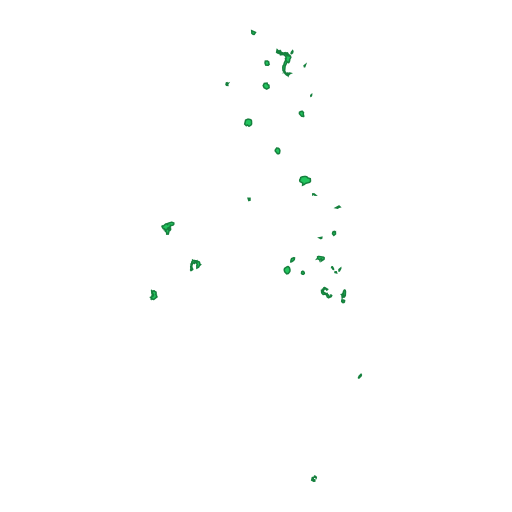 outline of Lau, Eastern, Fiji
{"feature_id": "14151628B80423492752803", "entity_name": "Lau", "entity_type": "district", "adm_level": 2, "iso_a3": "FJI", "parent_name": "Fiji", "parent_adm1": "Eastern", "projection": "natural_earth1", "projection_center": [-179.094, -18.709], "detail": "fine", "context": "isolated", "style": "filled", "palette": "green", "viewbox_px": 512, "rotation_deg": 0, "n_neighbors": 0, "source": "geoboundaries", "source_scale": "gbopen_adm2", "svg_char_len": 6008}
<svg xmlns="http://www.w3.org/2000/svg" viewBox="0 0 512 512"><path d="M278.0,50.5L277.7,51.0L278.1,51.5L278.0,50.9L278.8,51.6L279.4,51.5L279.5,52.6L280.3,52.7L280.5,54.8L283.3,54.5L284.8,55.4L285.6,56.4L286.1,57.8L286.1,58.4L285.4,58.8L286.3,60.7L285.8,61.0L285.4,60.7L284.2,63.2L284.0,64.6L283.0,65.9L282.8,67.5L283.0,70.5L283.4,71.1L284.0,71.0L284.5,72.4L285.1,66.1L287.1,62.0L287.6,61.9L288.5,62.7L288.9,62.5L289.7,60.7L289.4,60.1L290.8,57.4L290.4,56.0L289.6,56.1L289.3,55.1L288.4,54.5L287.5,52.9L286.8,53.0L286.9,54.7L287.6,55.7L286.9,55.6L286.6,53.4L286.1,52.9L285.8,53.1L285.8,54.7L285.7,53.9L285.1,54.0L285.0,52.7L283.4,53.1L281.7,52.5L282.5,53.0L281.9,53.0L282.0,53.7L281.5,53.8L280.8,51.3L280.1,50.5L279.2,51.2L278.0,50.5ZM306.9,176.8L305.1,176.4L302.2,176.8L300.7,177.5L300.5,179.0L299.9,179.3L299.7,180.8L300.1,181.6L302.8,183.1L302.6,185.2L304.4,184.4L305.5,183.4L309.7,182.3L310.5,181.1L310.3,178.7L307.6,177.8L306.9,176.8ZM173.8,223.0L171.7,222.2L168.0,223.3L167.5,223.7L167.8,224.6L167.4,224.7L166.7,223.8L165.7,224.0L163.5,225.9L162.8,226.2L162.3,225.9L162.0,226.6L163.2,228.6L164.2,228.6L164.2,229.3L164.9,229.4L164.6,229.8L165.1,229.9L165.2,230.4L166.3,229.9L165.5,231.4L166.7,232.3L166.7,234.1L168.3,234.1L169.1,230.7L169.8,230.6L170.6,229.6L170.5,228.2L169.2,228.7L168.4,229.6L167.7,229.2L168.0,228.8L167.5,228.8L167.4,228.3L170.4,226.5L170.3,225.2L171.2,225.5L173.0,225.1L173.8,224.2L173.8,223.0ZM248.0,119.1L245.6,120.1L244.7,124.1L246.3,125.7L247.6,125.0L248.9,126.2L249.3,126.1L250.9,125.1L251.6,124.0L251.5,121.1L251.3,120.2L250.1,119.5L248.0,119.1ZM193.5,260.6L192.6,260.1L192.5,261.3L191.8,261.9L191.7,263.6L190.9,264.1L191.5,264.9L190.7,266.2L190.9,268.6L190.6,270.0L191.0,270.6L191.9,270.2L192.2,269.5L193.3,269.3L192.6,269.2L192.2,268.5L191.7,266.1L192.3,264.1L193.5,262.8L194.5,263.4L194.8,262.7L196.5,262.7L196.3,263.0L197.3,264.5L196.8,265.4L196.9,268.1L198.6,267.2L199.4,265.6L200.6,264.6L199.8,264.0L199.5,262.3L198.9,261.7L197.7,261.4L197.4,261.8L197.2,261.2L196.8,261.8L196.6,261.2L196.2,261.5L196.1,260.8L195.4,260.7L194.7,261.3L194.4,260.5L193.5,260.6ZM154.2,291.1L154.0,290.2L153.8,291.1L152.6,291.0L152.5,291.6L152.1,291.2L152.2,291.9L151.7,291.5L151.9,293.4L152.9,293.9L152.5,294.5L153.3,294.5L153.4,295.7L153.1,296.0L152.6,295.0L152.1,295.0L151.9,296.7L150.6,297.3L151.2,297.8L151.2,298.7L151.7,298.4L151.9,299.3L152.5,299.0L153.7,299.5L157.0,296.9L156.4,296.3L156.5,295.1L155.6,294.4L156.1,293.6L156.0,292.1L154.2,291.1ZM288.4,266.6L287.4,266.6L284.6,268.4L284.2,269.9L284.7,271.8L286.7,273.9L288.3,273.5L289.8,271.5L290.0,270.0L289.5,267.9L288.4,266.6ZM266.7,89.1L269.1,87.7L268.9,85.2L267.4,84.5L267.1,83.1L264.3,83.4L263.2,85.6L264.1,87.7L266.7,89.1ZM324.6,287.5L323.9,287.7L323.9,288.7L322.5,289.2L322.0,290.4L321.5,290.4L321.7,292.7L322.1,293.4L323.2,294.5L324.2,294.2L326.5,294.7L327.2,296.9L328.5,297.8L331.1,296.7L331.7,295.6L331.2,295.1L330.8,295.1L331.1,295.8L330.6,296.5L329.4,296.5L328.0,294.7L327.2,294.6L327.2,293.5L326.3,293.6L323.4,292.2L322.9,291.0L323.6,290.7L323.4,289.8L323.7,289.4L325.7,288.8L326.8,290.1L327.6,289.3L324.6,287.5ZM278.5,148.3L276.7,148.0L275.3,150.0L275.2,150.9L277.4,153.7L278.7,153.8L279.5,153.1L279.9,150.7L279.4,149.2L278.5,148.3ZM318.6,256.4L317.6,256.8L317.7,258.0L317.0,258.9L317.7,258.7L319.7,259.8L319.9,260.4L320.5,259.0L321.5,258.8L321.9,259.7L321.5,260.9L324.0,259.3L324.2,257.8L323.6,257.2L318.6,256.4ZM301.3,111.3L299.5,112.2L299.4,113.7L301.6,116.2L303.6,116.5L304.0,115.8L303.8,116.0L303.2,114.0L303.5,112.6L302.4,111.3L301.7,111.6L301.3,111.3ZM344.4,290.0L343.5,291.3L343.4,294.5L342.8,293.5L342.4,294.3L341.5,294.5L341.9,294.9L342.2,297.9L342.7,297.1L342.3,296.0L342.9,295.1L343.0,296.2L343.9,295.5L344.2,296.1L343.5,296.7L343.9,297.2L344.5,296.9L345.3,295.5L345.5,291.7L345.2,290.3L344.4,290.0ZM267.5,61.0L265.3,61.1L265.0,63.0L265.7,65.1L268.2,65.3L269.2,64.2L268.7,63.2L268.8,62.1L267.5,61.0ZM294.5,257.9L293.8,257.7L291.6,258.6L291.0,260.1L290.8,261.9L291.6,261.8L293.5,260.5L294.3,259.5L294.5,257.9ZM254.2,34.4L255.5,32.4L251.7,30.7L251.9,33.4L253.2,34.4L254.2,34.4ZM334.9,232.2L334.2,231.4L333.7,231.9L333.2,231.7L332.7,232.6L332.5,233.8L333.8,235.4L335.5,234.0L335.4,231.9L334.9,232.2ZM313.6,479.8L313.1,478.4L313.7,477.3L312.3,477.6L311.7,480.2L313.8,481.3L314.8,481.1L314.8,479.8L313.6,479.8ZM302.6,271.2L301.7,271.8L301.5,273.5L302.3,274.2L303.4,274.3L304.3,273.5L304.3,272.9L303.6,271.5L302.6,271.2ZM342.5,300.4L342.1,299.7L341.8,300.1L341.7,301.5L342.2,302.1L342.9,302.6L343.1,302.1L344.0,302.4L344.4,302.0L344.6,300.5L343.5,300.0L342.5,300.4ZM358.9,378.1L361.0,376.1L361.4,375.0L361.0,374.3L359.2,376.1L358.5,377.8L358.9,378.1ZM340.1,207.0L339.0,206.0L335.7,207.8L337.7,208.2L338.6,207.4L340.1,207.0ZM290.8,73.3L289.7,73.0L289.1,73.8L288.2,73.2L287.6,74.2L287.2,74.0L287.8,73.8L287.3,73.3L287.1,74.0L286.7,73.8L287.1,74.3L286.6,74.6L287.6,75.4L287.3,74.5L287.7,74.7L288.1,75.6L289.7,73.8L290.8,73.3ZM227.1,82.7L226.4,82.9L226.0,84.5L226.5,85.3L227.8,85.4L227.6,84.3L228.2,83.4L227.7,83.6L227.1,82.7ZM250.0,198.3L248.1,198.3L248.8,200.5L250.0,200.2L250.0,198.3ZM292.9,51.3L292.6,50.7L291.4,52.2L291.1,53.6L291.6,53.7L292.6,52.8L292.9,51.3ZM285.3,72.1L284.6,72.5L284.9,72.5L284.9,73.4L286.3,74.8L286.5,74.4L285.3,72.1ZM332.4,266.8L331.8,266.9L331.6,267.7L332.5,268.0L333.0,269.3L333.5,269.4L333.4,268.5L332.4,266.8ZM339.4,271.0L340.7,268.5L340.7,268.1L339.0,269.5L339.0,271.0L339.4,271.0ZM314.6,476.1L314.4,477.1L315.4,477.4L316.1,478.1L316.3,477.2L315.4,476.3L314.6,476.1ZM321.7,238.2L321.8,237.3L319.3,237.8L320.8,238.6L321.7,238.2ZM314.1,193.9L312.8,193.9L312.8,194.7L313.4,194.3L314.9,195.2L315.7,195.2L314.1,193.9ZM304.7,66.8L305.5,64.6L304.1,65.7L304.4,66.8L304.7,66.8ZM336.3,271.8L335.1,271.8L335.0,272.5L336.6,272.9L336.3,271.8ZM277.2,51.6L276.9,50.8L276.6,52.3L277.3,52.8L277.7,51.9L277.5,50.9L277.2,51.6ZM311.6,94.6L310.8,95.3L310.9,96.2L311.3,96.0L311.6,95.0L311.6,94.6ZM280.0,53.5L278.5,52.9L278.5,53.2L279.4,53.7L280.0,53.5Z" fill="#22c55e" stroke="#15803d" stroke-width="1.5"/></svg>